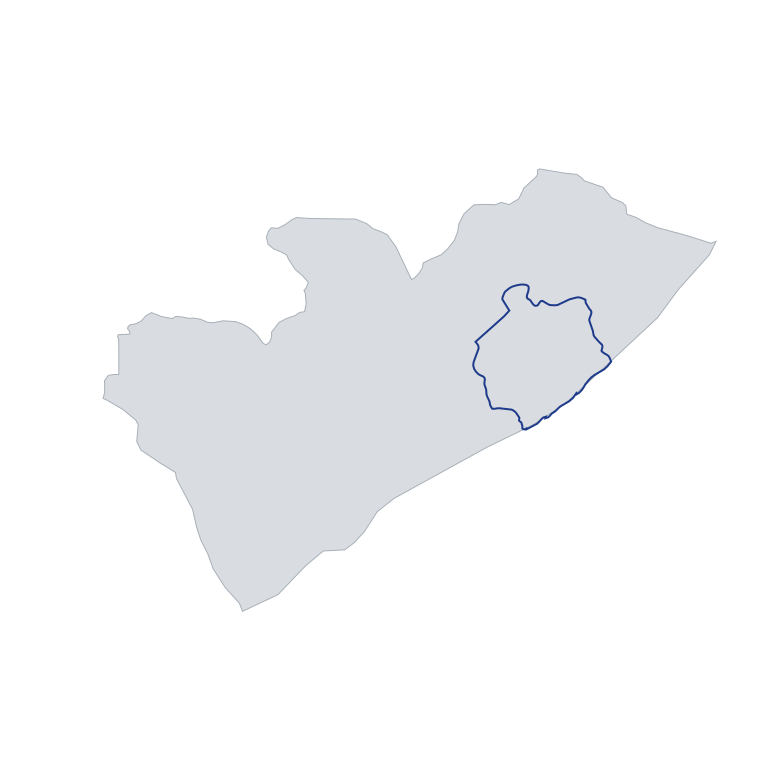 location of Sinoe within Liberia, rotated 289°
{"feature_id": "LBR-782", "entity_name": "Sinoe", "entity_type": "County", "adm_level": 1, "iso_a3": "LBR", "parent_name": "Liberia", "parent_adm1": "", "projection": "albers", "projection_center": [-8.843, 5.349], "detail": "fine", "context": "in_parent", "style": "outline", "palette": "blue", "viewbox_px": 768, "rotation_deg": 289, "n_neighbors": 0, "source": "natural_earth", "source_scale": "10m", "svg_char_len": 4212}
<svg xmlns="http://www.w3.org/2000/svg" viewBox="0 0 768 768"><g transform="rotate(289 384 384)"><path d="M123.0,324.2L129.7,318.6L139.7,300.3L153.6,282.7L166.5,272.3L176.8,261.6L187.7,253.4L203.2,243.8L227.0,218.6L232.5,215.6L236.4,198.1L242.3,175.8L249.2,168.9L265.4,164.9L269.1,161.0L274.9,145.3L278.6,127.0L278.9,123.1L285.3,122.6L296.1,118.7L302.4,120.5L305.2,125.8L306.6,130.2L339.5,118.8L342.4,116.5L344.2,116.9L348.3,127.2L350.7,126.6L352.7,123.6L354.8,123.3L357.4,124.7L360.0,129.5L364.2,133.8L371.3,136.8L375.8,141.0L375.3,152.0L377.0,162.7L380.1,165.1L381.7,171.5L382.6,178.5L384.3,182.2L385.5,189.3L384.9,196.9L386.1,202.2L391.4,211.4L394.6,223.1L394.6,231.3L392.7,239.9L389.2,247.8L383.1,256.4L382.6,259.8L386.2,262.1L391.7,262.5L396.3,260.8L408.0,264.7L414.1,270.4L419.5,277.4L424.3,281.0L426.5,285.4L434.8,284.2L444.4,279.9L446.4,277.9L449.2,279.0L455.4,279.4L459.8,271.8L463.3,262.9L470.7,253.4L474.4,249.7L475.4,243.6L475.8,235.7L478.4,228.8L484.6,225.0L491.2,225.1L494.9,226.5L496.7,233.1L502.0,238.2L506.6,241.6L509.0,243.1L512.8,247.0L516.5,260.4L530.7,303.5L530.0,315.4L527.2,323.2L527.1,330.8L526.2,338.4L517.5,350.7L491.8,375.9L493.8,378.1L499.9,381.0L506.2,382.5L511.3,381.7L517.7,388.0L524.7,395.9L532.0,400.0L542.6,403.7L551.9,404.1L559.7,402.7L570.9,404.2L582.7,410.7L586.9,421.6L589.8,431.0L593.9,435.8L594.4,443.9L602.9,451.1L614.9,452.5L630.4,460.9L634.4,460.4L636.1,459.4L638.0,461.0L642.0,485.3L645.0,498.1L643.4,503.3L641.3,507.4L641.3,527.0L634.2,538.3L633.1,550.7L631.2,554.7L623.6,558.3L623.6,567.8L621.6,579.2L620.9,591.4L623.0,623.3L623.5,647.0L626.9,651.5L612.2,649.6L569.0,631.5L535.8,621.1L424.5,561.8L393.6,537.9L358.1,502.3L279.1,430.7L261.1,419.2L238.3,413.6L224.3,407.5L214.4,400.8L206.4,381.0L186.7,369.1L150.3,352.3L123.0,324.2Z" fill="#d9dde1" stroke="#a8b0b8" stroke-width="1"/><path d="M479.1,591.5L473.6,589.5L469.6,587.4L460.7,579.8L457.4,577.7L453.4,575.9L452.1,575.6L449.5,574.5L445.6,573.8L442.5,572.9L439.5,571.5L437.3,569.8L437.7,569.6L437.8,569.5L437.8,569.3L438.1,568.9L432.5,567.3L428.0,564.7L420.7,558.4L418.7,557.1L414.3,555.0L410.3,552.0L408.0,551.2L405.9,550.1L404.2,547.8L405.8,547.8L404.2,545.5L401.6,544.1L398.8,543.0L396.3,541.7L388.1,534.0L388.3,534.0L388.6,533.7L388.6,533.3L388.4,533.0L387.2,532.1L386.9,531.8L386.8,531.6L386.7,531.1L386.7,530.3L386.7,529.9L386.7,529.7L386.9,529.4L387.2,529.2L389.1,528.6L389.5,528.4L389.8,528.2L390.0,528.1L390.8,527.3L391.2,527.1L391.9,526.8L392.2,526.4L392.5,525.8L392.9,524.5L393.2,523.9L393.5,523.5L394.2,523.3L394.7,523.2L395.2,523.2L395.5,523.2L395.9,523.1L396.5,522.6L400.0,517.9L400.5,516.8L401.1,514.7L401.3,513.6L401.3,512.9L398.7,501.2L398.0,499.2L397.1,497.7L396.3,496.0L395.9,494.2L398.5,491.3L402.0,489.3L405.7,485.7L407.7,484.2L411.2,482.8L412.4,482.1L416.3,479.1L417.9,478.5L420.6,478.0L421.8,477.6L422.8,476.6L423.4,475.2L423.7,471.7L424.1,470.0L425.6,466.9L427.7,464.3L430.4,462.4L433.8,461.6L448.5,461.9L450.6,460.9L451.8,459.7L453.7,456.8L486.9,475.4L494.2,478.6L502.3,468.7L502.8,468.3L503.6,468.0L504.9,467.9L508.9,468.1L510.1,468.3L511.1,468.7L515.0,471.1L516.4,472.2L518.2,474.0L520.7,477.6L522.6,481.1L523.3,483.1L523.8,485.0L523.9,485.9L523.9,487.2L523.8,487.7L523.6,488.1L523.4,488.6L523.1,488.9L522.6,489.2L522.1,489.5L520.0,490.0L519.0,490.2L514.8,490.3L514.3,490.3L513.3,490.6L512.8,490.7L512.4,491.0L512.0,491.3L511.7,491.8L511.4,492.2L511.3,492.7L511.1,494.1L511.0,494.5L510.8,495.0L508.1,498.7L507.6,499.7L507.4,500.2L507.2,500.7L507.2,501.3L507.4,502.0L507.9,503.1L508.4,503.6L508.9,503.9L510.9,504.3L512.7,504.9L513.4,505.4L513.8,505.8L514.0,506.3L514.1,506.8L514.1,507.3L513.8,508.6L512.8,513.3L512.7,515.0L513.1,516.9L514.2,520.3L514.9,521.8L515.5,522.7L524.5,531.9L528.4,537.8L529.0,538.9L529.5,540.9L529.6,542.9L529.3,547.0L527.7,547.6L526.7,548.2L525.9,548.9L521.9,553.7L520.9,555.5L520.4,556.1L519.8,556.5L518.7,556.9L518.1,557.1L512.5,557.0L511.6,557.2L511.1,557.4L510.6,557.6L502.2,564.2L498.4,566.3L497.7,567.0L496.9,568.1L494.0,573.3L492.2,577.1L491.8,577.6L491.3,578.0L490.2,578.4L489.5,578.6L486.3,578.8L485.9,579.2L485.4,580.0L484.5,583.2L484.2,585.1L483.6,587.1L482.5,588.5L479.1,591.5L479.1,591.5Z" fill="none" stroke="#1e3a8a" stroke-width="2"/></g></svg>